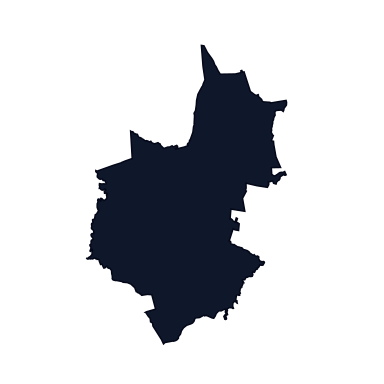 the district of Amealco de Bonfil, Querétaro, Mexico, rotated 66°
{"feature_id": "50627088B28014095669101", "entity_name": "Amealco de Bonfil", "entity_type": "district", "adm_level": 2, "iso_a3": "MEX", "parent_name": "Mexico", "parent_adm1": "Querétaro", "projection": "albers", "projection_center": [-100.096, 20.187], "detail": "fine", "context": "isolated", "style": "filled", "palette": "ink", "viewbox_px": 384, "rotation_deg": 66, "n_neighbors": 0, "source": "geoboundaries", "source_scale": "gbopen_adm2", "svg_char_len": 6106}
<svg xmlns="http://www.w3.org/2000/svg" viewBox="0 0 384 384"><g transform="rotate(66 192 192)"><path d="M319.2,279.8L318.5,277.9L320.5,269.6L320.8,269.5L321.1,267.4L320.9,265.7L320.1,263.9L318.7,263.3L317.1,260.3L314.5,258.1L312.6,255.0L311.6,251.1L312.0,246.6L311.9,244.8L311.0,242.9L308.8,240.8L308.5,240.0L309.8,236.1L309.4,231.4L309.7,231.0L310.2,230.9L310.2,229.9L310.5,229.8L310.7,229.5L310.5,229.1L315.0,225.1L316.2,223.5L314.8,221.3L312.6,219.0L312.4,218.0L311.6,216.4L311.5,215.8L312.5,213.6L312.3,210.1L312.5,209.6L312.8,209.3L313.9,209.5L315.2,210.4L316.8,210.2L317.2,210.5L317.7,211.9L318.6,213.5L320.7,213.6L321.5,213.8L322.1,213.2L322.1,212.3L321.3,211.8L319.1,211.7L318.6,211.0L318.5,209.4L316.0,209.0L315.2,208.4L314.9,207.9L313.2,207.7L312.8,204.8L314.0,202.7L315.1,201.9L315.1,201.4L312.9,201.3L310.1,199.8L309.1,197.8L310.5,196.4L311.6,196.2L311.9,195.9L310.2,195.6L309.9,195.2L309.6,195.5L308.3,195.9L305.2,193.9L304.5,192.9L304.5,192.2L304.8,191.5L305.4,191.3L305.7,190.5L304.5,190.0L304.1,189.0L302.5,189.0L301.6,188.2L300.7,188.0L300.0,186.9L299.0,186.2L299.1,185.1L298.6,185.0L296.7,182.9L296.0,182.7L295.8,182.3L296.0,181.6L294.9,181.7L294.6,182.1L294.3,181.8L293.5,182.1L293.0,182.0L292.8,181.4L293.6,179.5L291.8,177.1L292.4,176.2L292.3,174.9L292.6,173.4L293.2,172.7L293.5,171.2L292.4,170.1L289.9,169.6L289.9,168.6L290.7,167.9L290.7,167.5L288.7,165.1L289.0,163.7L288.6,163.2L288.2,163.2L287.8,162.9L287.9,161.9L287.4,161.0L286.0,159.8L286.8,159.0L287.5,157.6L287.6,156.7L287.4,156.3L286.6,156.0L286.4,155.1L285.8,154.5L285.1,154.5L284.6,154.9L284.0,157.0L283.3,157.2L282.5,158.2L279.5,158.2L278.6,157.4L277.5,157.9L277.4,158.4L277.0,158.5L277.0,159.2L276.5,160.1L274.5,160.7L274.7,161.9L270.7,164.3L269.9,164.2L268.1,165.3L266.2,167.4L265.8,168.1L265.2,168.6L263.8,168.8L262.7,169.8L262.2,170.7L261.3,171.5L260.8,172.6L257.0,175.0L257.1,175.8L256.3,176.3L255.4,177.5L254.3,177.5L253.6,176.9L252.3,177.3L251.9,178.0L242.3,169.4L244.0,168.2L246.1,165.1L240.2,161.8L238.6,162.8L238.4,163.4L237.7,163.9L234.7,161.3L233.7,162.1L237.0,165.0L235.3,166.3L233.8,166.5L231.7,167.6L231.8,168.0L223.4,163.4L231.1,151.6L218.3,148.4L213.3,142.0L212.5,142.4L211.2,141.7L210.5,141.0L205.9,139.1L212.8,129.9L218.4,121.2L216.5,118.9L215.4,118.4L214.1,118.4L214.6,113.8L217.2,113.9L218.9,112.0L217.2,110.5L216.6,108.9L216.5,107.4L215.6,106.3L214.0,105.3L213.3,101.1L214.0,100.9L214.6,100.2L214.6,99.0L211.0,99.0L211.1,101.0L210.4,102.2L210.0,103.8L210.3,105.8L210.7,106.7L210.7,108.1L211.1,108.5L210.8,110.2L210.1,111.1L209.1,111.4L208.6,112.1L202.0,109.6L205.6,101.1L194.0,101.0L182.0,98.0L178.8,96.9L178.3,97.8L177.2,98.5L173.5,94.7L172.5,95.3L170.8,95.2L169.9,95.7L168.2,94.2L166.1,93.5L164.8,92.2L163.4,91.5L162.4,90.5L160.2,89.5L159.1,88.1L158.3,87.8L156.8,86.4L155.5,84.7L154.7,84.7L153.4,84.0L152.4,83.9L151.8,81.8L153.5,77.0L155.5,75.9L154.5,74.8L153.1,74.0L151.0,70.4L148.5,69.1L146.6,68.8L142.6,84.1L142.3,83.9L141.7,84.4L138.6,90.3L136.5,91.1L135.9,90.7L130.9,92.8L130.6,92.7L130.5,91.9L130.0,91.9L129.9,94.0L128.6,95.2L123.9,97.8L103.4,95.6L103.2,96.9L101.2,97.1L101.2,98.1L101.9,98.0L102.8,99.3L101.8,104.5L95.9,118.3L91.5,118.9L87.4,119.0L85.1,119.5L81.4,119.2L78.2,119.6L70.8,121.2L63.3,121.6L61.9,123.8L81.9,130.9L94.8,134.5L97.7,137.7L99.5,139.2L99.9,140.1L105.1,146.8L110.1,150.5L114.3,152.7L119.1,155.7L120.9,158.1L123.2,158.6L130.3,162.2L130.6,161.8L132.9,164.0L137.8,166.9L144.0,172.8L143.8,173.2L145.8,174.5L145.8,175.5L146.2,176.4L146.8,176.9L148.0,176.5L147.8,180.6L146.0,190.4L145.2,186.9L144.3,186.6L143.2,187.0L143.1,190.9L141.7,191.4L141.8,194.4L141.1,195.7L140.8,200.0L136.9,201.6L134.9,201.7L134.8,202.1L133.1,203.0L132.8,206.4L131.6,207.9L130.5,208.7L128.9,209.0L129.0,210.5L127.3,211.7L127.2,212.1L126.6,212.6L126.4,213.7L125.7,214.4L124.3,214.9L123.3,216.0L122.7,216.0L121.9,216.6L121.1,217.3L120.6,218.1L119.5,218.6L118.6,218.4L118.0,218.7L117.3,218.4L116.9,218.6L116.1,220.2L115.7,220.2L115.6,220.8L114.6,221.3L114.1,221.1L113.3,221.4L113.3,221.8L112.7,221.8L112.3,222.7L111.4,223.3L137.1,233.0L136.5,240.4L136.4,244.1L136.6,244.2L135.6,253.1L134.3,270.3L133.3,271.1L134.3,271.6L136.1,270.8L137.0,270.7L138.9,272.1L139.9,272.4L142.5,271.3L143.2,270.2L143.4,268.8L145.4,268.5L146.4,266.7L147.8,267.0L148.9,266.5L149.5,267.2L149.5,267.8L148.6,269.3L148.0,271.2L146.7,273.1L148.1,273.9L149.2,274.0L151.0,275.2L151.3,274.4L152.6,274.2L153.6,273.5L154.1,272.5L153.7,270.6L154.3,270.0L154.8,269.8L155.2,270.1L155.7,271.8L157.6,272.4L158.3,270.5L159.2,269.9L159.5,270.1L159.6,271.0L159.8,271.4L160.8,271.4L163.5,272.5L163.5,273.6L164.0,275.1L163.9,276.0L161.4,277.0L160.7,277.8L160.9,278.2L162.3,278.1L163.0,278.8L162.7,279.4L160.6,279.9L160.3,280.5L160.7,281.2L161.3,281.6L162.9,281.9L164.2,283.4L167.5,284.9L170.1,285.1L170.5,284.6L171.0,284.8L171.7,285.5L171.7,285.9L173.4,288.3L173.4,289.6L176.9,291.9L177.1,292.6L176.8,293.6L177.0,294.2L179.8,295.0L180.2,295.4L179.9,296.3L180.5,296.9L182.8,297.6L183.4,298.2L184.6,298.7L187.1,297.6L188.9,298.1L190.0,298.9L189.3,300.1L189.5,301.0L190.1,301.7L191.5,301.9L194.1,301.3L194.9,301.6L195.2,302.1L195.1,303.3L195.3,303.7L196.4,304.5L197.5,304.8L198.5,305.6L198.8,306.8L199.8,307.1L200.6,306.8L201.5,306.8L203.0,307.7L203.9,308.8L204.5,309.2L205.0,308.9L204.9,308.4L203.8,306.6L204.5,306.4L205.8,307.1L206.7,308.0L208.3,308.6L209.6,311.2L209.7,312.8L210.4,314.0L209.7,314.8L210.0,315.2L210.9,314.5L211.5,312.0L212.0,311.8L212.2,310.6L212.8,309.9L212.6,308.2L213.5,306.8L214.1,306.9L214.2,306.3L215.0,306.1L215.1,305.3L216.2,304.4L217.4,304.8L221.0,305.0L221.2,303.6L225.6,303.5L225.9,302.5L225.2,300.0L227.5,299.5L228.2,298.2L230.9,297.4L233.8,298.5L235.9,298.9L237.7,299.5L238.6,300.1L239.4,300.1L240.3,299.8L241.8,297.9L242.1,297.0L244.6,293.4L245.3,292.4L246.4,291.7L248.5,287.9L251.1,285.4L256.1,283.2L260.3,283.5L260.8,282.9L261.6,282.7L263.2,281.2L263.9,281.0L264.4,280.3L264.8,280.4L265.9,280.0L267.4,274.4L269.5,270.5L284.2,272.9L282.9,282.3L283.0,283.6L283.4,283.2L287.7,282.5L290.5,281.6L293.8,282.7L295.6,281.3L298.6,282.2L314.3,279.9L319.2,279.8Z" fill="#0f172a" stroke="#020617" stroke-width="1.5"/></g></svg>